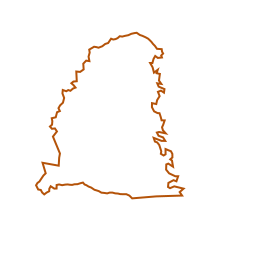 Seberi, Rio Grande do Sul, Brazil (Robinson projection), rotated 201°
{"feature_id": "56859067B19593958817427", "entity_name": "Seberi", "entity_type": "district", "adm_level": 2, "iso_a3": "BRA", "parent_name": "Brazil", "parent_adm1": "Rio Grande do Sul", "projection": "robinson", "projection_center": [-53.366, -27.504], "detail": "fine", "context": "isolated", "style": "outline", "palette": "amber", "viewbox_px": 256, "rotation_deg": 201, "n_neighbors": 0, "source": "geoboundaries", "source_scale": "gbopen_adm2", "svg_char_len": 2351}
<svg xmlns="http://www.w3.org/2000/svg" viewBox="0 0 256 256"><g transform="rotate(201 128 128)"><path d="M173.5,205.3L175.8,205.3L177.0,200.2L179.4,198.3L181.3,195.1L184.3,192.4L186.5,192.2L188.8,191.7L190.2,189.9L192.3,187.3L190.8,184.7L190.4,180.5L188.0,176.6L191.2,175.9L192.8,172.0L190.4,166.8L192.8,163.2L196.5,162.2L193.7,155.8L192.6,153.3L195.6,151.8L196.9,149.5L194.2,148.5L191.5,146.9L193.5,145.1L195.1,142.1L197.4,142.0L198.8,140.2L202.5,140.1L201.6,136.8L198.4,133.2L197.8,128.3L199.5,124.8L200.0,121.6L197.7,119.4L199.9,117.3L199.3,112.1L202.7,109.8L201.1,107.3L200.1,103.9L201.4,101.4L198.7,100.0L196.1,101.4L193.1,99.3L195.0,93.1L182.4,79.8L181.6,75.6L179.2,68.0L195.3,64.9L188.6,56.2L189.9,53.4L190.7,49.9L191.5,46.3L192.8,44.3L193.3,41.6L189.8,38.4L187.2,38.9L185.0,37.0L182.4,36.0L180.8,38.6L178.9,40.7L179.7,43.1L179.3,45.9L175.1,45.0L173.0,45.9L174.2,49.2L172.1,50.6L169.0,51.0L166.4,52.6L164.1,53.7L161.8,54.2L159.7,54.9L157.8,56.3L155.1,57.4L152.5,59.5L150.5,60.9L148.3,59.7L146.3,59.7L143.9,59.2L141.0,59.2L137.2,58.3L134.7,58.5L132.6,58.6L129.7,58.1L126.8,58.9L124.0,59.5L122.0,61.1L119.4,62.1L116.5,62.4L113.9,63.2L111.6,63.5L108.9,64.4L105.8,65.6L102.5,65.4L98.9,63.8L77.1,74.3L53.3,84.3L56.8,86.7L54.4,91.3L63.9,90.1L67.2,86.9L69.5,87.3L70.6,91.2L66.8,95.6L63.7,95.6L63.9,100.9L66.5,99.9L73.4,100.4L77.5,102.8L79.2,107.7L77.6,109.2L72.1,108.0L75.3,113.4L77.3,113.9L76.0,116.4L77.3,119.7L79.6,121.7L82.3,121.7L85.4,121.8L83.5,116.9L84.9,115.1L88.1,115.7L88.6,118.2L92.7,123.3L95.5,125.0L98.0,125.0L100.5,128.0L92.1,128.0L88.6,129.3L91.9,131.8L96.7,131.7L99.4,134.1L97.6,135.4L90.9,136.5L94.6,138.4L96.5,140.9L96.3,143.5L96.5,148.2L99.4,147.2L101.3,149.9L103.9,153.1L105.8,152.5L109.6,152.9L113.1,156.0L114.5,159.8L110.2,160.5L110.8,164.4L109.9,169.1L113.0,172.5L110.6,174.7L107.1,173.9L107.9,177.4L114.2,177.6L116.7,180.2L112.7,181.1L116.1,183.4L116.9,186.8L117.6,189.9L120.9,189.4L121.1,193.0L123.6,189.0L126.8,193.5L130.6,196.6L128.5,197.4L128.9,201.7L128.4,205.0L125.3,204.1L121.6,206.0L123.0,207.6L121.9,210.1L123.6,211.5L124.8,213.7L129.3,212.3L132.3,214.3L134.9,215.5L137.0,216.8L139.0,217.7L141.2,218.6L144.2,219.0L147.6,219.2L150.3,219.1L154.0,220.0L156.0,218.9L158.7,217.1L160.9,214.8L163.9,212.9L166.1,211.3L168.6,210.7L169.9,208.2L171.4,206.6L173.5,205.3Z" fill="none" stroke="#b45309" stroke-width="2"/></g></svg>